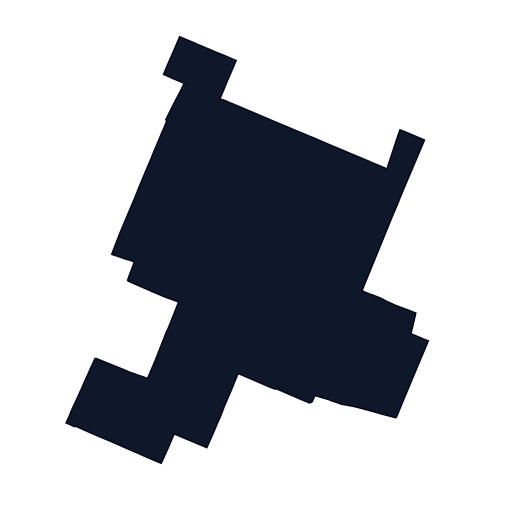 Amarastii De Jos, Dolj, Romania (orthographic projection), rotated 184°
{"feature_id": "2599482B30095790947813", "entity_name": "Amarastii De Jos", "entity_type": "district", "adm_level": 2, "iso_a3": "ROU", "parent_name": "Romania", "parent_adm1": "Dolj", "projection": "orthographic", "projection_center": [24.201, 43.928], "detail": "fine", "context": "isolated", "style": "filled", "palette": "ink", "viewbox_px": 512, "rotation_deg": 184, "n_neighbors": 0, "source": "geoboundaries", "source_scale": "gbopen_adm2", "svg_char_len": 4606}
<svg xmlns="http://www.w3.org/2000/svg" viewBox="0 0 512 512"><g transform="rotate(184 256 256)"><path d="M360.9,430.7L350.2,426.8L347.1,425.8L339.7,423.2L343.1,414.7L346.4,407.4L349.0,401.4L352.3,393.4L355.6,385.5L355.0,385.3L354.2,385.0L354.8,383.5L354.9,382.9L355.6,381.0L357.4,375.6L359.5,369.8L359.7,369.0L360.3,367.3L360.7,366.0L362.5,360.9L363.0,359.2L363.6,357.6L363.8,356.9L364.3,355.6L366.3,349.6L366.8,348.1L367.4,346.1L372.5,331.4L373.5,328.3L373.6,328.1L374.2,326.3L377.0,317.9L377.5,316.6L381.1,305.3L393.0,270.5L393.3,269.4L393.5,268.8L394.0,267.7L394.2,266.8L398.6,252.5L400.0,247.7L399.0,247.3L387.3,244.3L386.7,244.1L384.6,243.5L382.9,243.3L382.3,243.2L380.4,242.6L376.9,241.7L379.1,234.2L379.6,232.6L379.9,231.7L380.5,229.7L380.8,228.7L381.2,227.2L382.4,223.0L382.4,222.8L382.3,222.5L382.1,222.3L381.7,222.1L380.8,221.7L380.4,221.6L379.6,221.3L379.1,221.1L378.6,220.9L378.3,220.8L378.0,220.7L377.9,220.6L377.0,220.3L375.6,219.9L374.4,219.4L373.5,219.1L371.5,218.4L369.1,217.5L366.0,216.5L365.6,216.3L362.9,215.4L360.1,214.4L357.4,213.3L356.8,213.1L354.1,212.3L346.3,209.5L344.3,208.9L342.7,208.4L339.5,207.5L330.6,204.9L330.0,204.7L336.1,185.4L339.3,175.5L339.7,175.2L343.2,164.0L347.1,151.7L348.6,146.7L355.6,126.3L373.8,131.3L374.1,131.3L374.2,131.2L374.4,131.3L374.9,131.5L376.8,132.4L390.7,136.9L408.1,142.6L408.4,142.6L408.6,142.5L409.0,142.6L409.3,142.5L409.5,142.4L409.7,142.0L410.1,141.0L410.7,139.2L411.1,138.0L411.8,135.9L412.4,134.5L412.6,134.3L413.0,133.0L415.7,125.6L415.9,125.1L416.1,124.6L416.5,123.6L418.6,117.9L420.6,112.1L422.1,108.1L422.6,106.8L423.6,104.1L429.0,89.8L430.9,84.0L433.2,77.8L433.8,76.2L433.3,76.1L427.5,74.0L425.4,73.1L425.1,74.0L421.7,72.8L408.1,67.8L390.6,61.8L382.0,58.8L368.7,54.0L351.2,47.8L347.6,46.5L336.1,42.6L331.6,54.7L330.5,57.6L325.2,72.8L317.0,70.0L312.9,68.6L291.7,61.4L291.5,62.0L288.5,70.2L286.2,76.5L284.8,80.7L284.0,82.9L282.7,86.9L282.1,88.3L281.5,90.2L280.9,91.5L280.2,93.7L279.5,95.8L278.4,99.5L277.5,102.5L276.3,106.1L274.5,111.3L271.8,118.9L270.6,122.5L266.0,136.6L265.5,137.5L261.1,136.0L247.9,131.4L233.4,126.3L228.3,124.7L227.6,124.7L226.8,124.7L226.4,124.9L222.5,123.6L218.0,122.0L212.1,119.9L202.9,116.7L193.3,113.4L192.6,113.2L191.8,113.4L190.6,113.9L190.0,114.3L189.6,115.0L187.7,120.4L187.6,120.8L185.2,120.4L174.1,118.0L169.4,116.5L166.1,115.7L161.9,114.6L161.1,114.2L147.7,112.7L134.8,110.3L127.5,108.8L119.6,107.1L105.2,104.4L105.0,104.6L104.8,105.3L104.5,105.5L99.0,122.1L98.3,124.1L96.6,129.2L94.9,134.2L93.8,137.4L93.4,138.7L92.8,140.4L91.4,144.7L90.3,147.7L89.2,151.0L88.3,153.6L87.6,155.9L86.3,159.6L85.1,163.1L84.1,166.1L81.2,174.4L79.4,179.8L78.6,182.3L78.2,183.4L82.7,184.7L90.1,187.3L96.1,189.3L95.7,191.5L94.7,196.9L92.6,210.2L96.6,211.5L105.3,214.1L112.8,216.3L123.3,220.2L126.7,221.9L130.1,223.1L136.1,225.0L140.3,226.1L144.8,227.6L147.1,228.6L147.8,228.9L122.5,305.9L120.6,311.2L120.0,313.1L117.9,319.1L116.5,323.7L112.8,334.7L109.3,344.8L105.6,355.6L98.6,375.9L96.4,382.3L96.1,383.5L96.6,383.6L99.0,384.5L101.5,385.3L104.0,386.2L106.5,387.1L109.0,387.9L111.5,388.8L114.0,389.6L116.6,390.5L119.2,391.3L121.2,391.9L121.9,389.3L122.5,387.2L123.4,383.8L123.6,382.9L124.0,381.6L124.6,379.1L125.2,376.7L125.8,374.3L126.4,371.9L127.1,369.2L127.4,368.1L127.5,367.4L128.0,365.7L128.4,363.9L128.9,362.2L129.3,360.4L129.8,358.7L130.2,357.0L130.6,355.3L131.2,353.0L131.5,351.9L131.5,352.0L131.9,352.1L133.6,352.8L135.7,353.5L137.6,354.2L138.6,354.6L140.2,355.1L142.8,355.9L145.3,356.8L147.7,357.6L150.1,358.5L152.5,359.3L154.9,360.1L157.3,361.0L159.7,361.8L162.3,362.6L164.8,363.5L167.4,364.3L170.0,365.2L172.6,366.1L175.2,367.0L177.8,367.9L180.4,368.8L183.1,369.7L185.8,370.6L188.4,371.5L191.1,372.4L193.8,373.3L196.4,374.2L199.1,375.2L201.8,376.1L204.5,377.1L207.2,378.0L209.9,378.9L212.6,379.8L215.2,380.7L217.8,381.6L220.4,382.5L225.3,384.0L230.3,385.8L234.9,387.4L237.2,388.1L239.4,388.9L241.7,389.6L243.9,390.4L246.1,391.1L248.3,391.9L250.5,392.6L252.5,393.4L254.6,394.1L256.7,394.8L258.7,395.5L260.8,396.2L262.8,396.9L264.8,397.6L266.8,398.3L268.8,399.0L272.8,400.3L276.8,401.7L286.4,405.0L293.9,407.5L295.7,408.2L297.8,408.9L300.5,409.7L301.7,409.7L302.5,409.9L302.9,410.2L302.7,410.9L302.6,411.4L302.2,412.4L301.2,415.4L300.7,416.9L299.8,419.3L299.5,420.4L299.3,421.1L296.1,430.7L296.0,430.8L289.4,449.7L289.7,449.7L298.4,452.7L304.5,454.8L310.4,456.6L319.4,459.8L320.2,460.0L320.4,460.1L320.6,460.2L324.6,461.6L324.8,461.6L328.7,462.9L333.2,464.6L338.7,466.4L341.8,467.5L347.5,469.4L350.8,459.6L351.9,456.5L357.4,441.1L360.7,431.3L360.9,430.7Z" fill="#0f172a" stroke="#020617" stroke-width="1.5"/></g></svg>